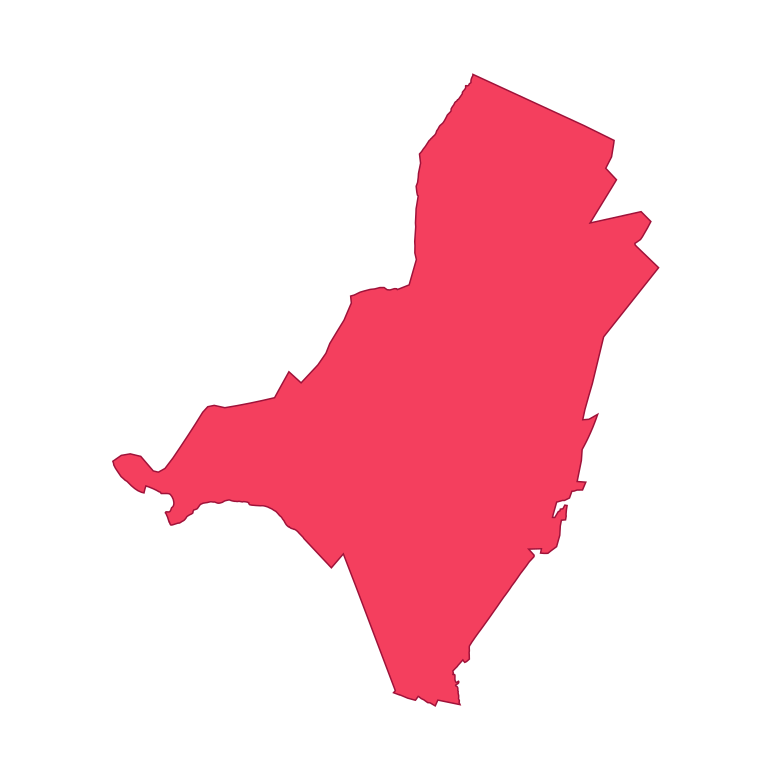 Ciuchici, Caras-Severin, Romania, rotated 95°
{"feature_id": "2599482B8913809213813", "entity_name": "Ciuchici", "entity_type": "district", "adm_level": 2, "iso_a3": "ROU", "parent_name": "Romania", "parent_adm1": "Caras-Severin", "projection": "equal_earth", "projection_center": [21.626, 44.928], "detail": "fine", "context": "isolated", "style": "filled", "palette": "rose", "viewbox_px": 768, "rotation_deg": 95, "n_neighbors": 0, "source": "geoboundaries", "source_scale": "gbopen_adm2", "svg_char_len": 6125}
<svg xmlns="http://www.w3.org/2000/svg" viewBox="0 0 768 768"><g transform="rotate(95 384 384)"><path d="M484.6,647.4L486.9,646.4L488.1,646.2L491.3,644.2L495.2,641.1L499.1,637.9L501.1,635.2L502.3,633.7L503.4,631.5L504.6,630.1L507.3,626.9L509.9,623.2L511.7,619.9L513.0,616.2L513.4,613.6L509.3,613.0L506.3,612.3L507.1,609.1L507.9,606.5L508.4,604.9L509.8,601.2L510.9,598.9L511.3,597.3L512.1,596.8L512.5,596.4L512.3,593.7L512.0,590.8L512.0,589.5L512.1,588.3L512.7,587.2L514.7,585.4L517.3,583.9L520.0,583.1L521.6,582.9L523.4,583.1L524.8,583.8L525.8,584.8L526.8,585.1L528.1,585.4L529.6,586.1L530.1,586.8L530.2,587.3L530.3,588.8L530.3,589.6L530.5,590.2L531.1,590.5L531.4,590.6L531.9,590.0L534.1,588.8L535.3,588.1L537.7,587.1L538.7,586.7L540.1,586.1L540.0,585.9L541.3,585.3L542.6,584.6L543.0,584.2L543.0,583.2L542.6,582.0L541.6,579.6L540.8,577.7L540.5,576.9L540.4,575.9L540.2,575.4L539.4,574.3L538.6,573.3L537.6,571.8L537.0,571.1L536.1,570.4L534.9,569.6L534.0,569.2L533.3,568.8L532.8,568.3L532.2,567.5L531.6,566.7L531.1,566.0L530.6,565.0L529.8,563.9L529.3,563.3L528.9,563.2L528.6,563.1L528.3,563.2L527.9,563.2L527.2,563.0L526.4,562.7L526.0,562.4L525.9,562.1L525.3,560.6L524.7,559.5L524.3,559.0L523.7,558.7L521.7,557.5L520.4,556.7L519.8,556.3L519.5,555.5L519.0,554.7L518.5,553.8L518.3,553.0L517.8,551.1L517.5,549.7L517.2,548.9L516.7,547.4L516.4,546.5L516.4,545.4L516.5,543.8L516.4,543.2L516.3,542.7L516.5,541.8L517.0,540.1L517.2,539.0L517.1,537.9L516.8,536.8L516.4,535.8L515.9,534.6L515.2,533.7L514.3,532.4L514.0,531.5L513.7,530.7L513.1,528.7L513.0,528.2L513.0,527.7L513.4,526.4L513.7,524.8L513.9,522.6L513.8,521.4L513.9,520.0L513.6,518.8L513.5,517.9L513.7,516.0L513.8,514.8L513.4,513.7L513.4,513.1L513.4,511.6L513.6,509.8L514.2,508.3L514.7,508.3L515.2,508.0L515.7,507.6L516.0,507.1L516.2,505.3L516.2,503.9L516.2,500.8L516.1,497.9L516.1,496.8L515.9,495.2L515.8,493.8L516.0,492.1L516.4,490.1L516.7,488.9L517.3,487.4L517.8,486.0L518.3,484.7L519.5,482.5L520.3,480.7L521.3,479.5L522.1,478.6L523.6,477.1L524.2,476.5L525.2,475.0L525.9,474.3L526.4,473.9L527.4,473.2L528.2,472.4L528.7,471.9L530.4,470.8L532.1,469.6L533.1,468.7L533.9,467.7L534.4,467.0L534.4,466.5L534.6,466.6L534.9,466.0L535.2,465.1L535.8,464.1L536.1,462.9L536.3,462.0L536.6,461.1L536.5,460.7L536.7,460.3L536.9,459.6L537.8,458.1L538.9,456.7L539.8,455.8L541.8,453.5L543.8,451.2L545.0,450.3L570.0,422.3L571.7,420.4L562.5,413.8L556.8,409.7L587.6,394.6L688.5,346.0L690.7,347.6L692.4,341.5L692.2,341.4L694.9,333.0L696.3,325.2L695.7,324.7L692.2,322.7L692.3,322.3L694.2,319.4L695.1,316.9L697.6,312.7L697.6,310.4L700.2,304.9L694.2,302.8L696.8,280.3L694.7,281.4L693.5,281.3L692.6,281.4L691.1,282.3L689.6,282.3L687.7,282.5L685.9,283.1L685.0,283.3L683.8,283.3L683.4,283.4L682.9,283.8L681.6,283.8L680.5,284.0L679.9,284.2L679.0,284.9L678.7,285.8L678.3,286.2L678.0,286.4L677.7,286.3L677.4,286.1L676.9,285.4L675.9,284.1L675.3,283.7L674.5,283.5L674.0,283.6L673.7,283.8L673.6,284.0L674.2,284.7L674.9,285.5L675.0,286.0L674.8,286.3L674.5,286.6L674.1,286.8L673.2,287.3L672.6,287.5L671.3,287.7L669.5,287.8L668.4,287.9L667.6,288.1L667.3,288.5L667.2,288.8L667.5,289.5L667.4,289.9L667.2,290.1L666.5,289.8L665.8,289.8L664.6,290.2L663.9,290.4L661.5,288.5L659.0,286.4L657.8,285.7L654.3,283.1L652.0,281.4L652.9,280.7L653.5,280.1L654.3,279.3L653.4,277.7L652.1,276.4L650.6,275.0L648.9,275.2L646.9,275.4L645.4,275.6L644.0,275.8L642.6,275.7L641.5,275.8L639.2,276.1L637.6,276.1L633.3,273.9L630.7,272.4L628.7,271.3L623.8,268.4L619.1,265.5L614.4,262.7L609.7,259.9L604.9,257.1L600.2,254.4L595.6,251.7L590.8,249.0L586.1,246.3L581.6,243.5L577.2,240.9L573.7,239.0L569.7,236.5L566.4,234.6L560.9,231.5L558.1,229.7L554.5,227.4L553.5,226.8L552.4,226.1L549.9,224.7L548.3,223.7L546.2,222.0L543.2,219.7L542.9,219.6L542.6,219.5L542.2,219.5L541.4,219.6L535.9,225.5L534.4,212.8L538.8,213.3L538.8,213.2L538.8,209.6L538.4,206.0L535.9,203.4L531.0,197.9L519.4,195.7L510.1,196.0L504.2,195.4L503.5,191.3L499.8,191.0L497.9,191.3L493.2,191.3L489.1,191.0L488.9,193.3L492.7,194.9L493.3,197.4L495.0,197.7L496.0,199.3L502.1,202.2L502.2,204.5L499.2,204.1L486.6,201.7L486.1,200.3L484.4,195.9L484.3,194.1L481.4,189.3L474.5,187.5L474.1,185.3L472.8,182.4L472.3,177.0L464.2,174.4L464.3,183.1L443.0,180.7L432.0,180.9L427.6,179.0L423.2,177.2L418.7,175.5L414.1,173.9L409.6,172.4L404.9,171.0L400.3,169.7L395.6,168.5L401.3,176.8L402.3,182.9L391.9,181.6L378.6,179.1L365.5,176.5L317.9,169.3L244.2,120.6L224.9,144.5L223.5,146.0L222.0,146.3L220.8,144.7L217.6,141.0L214.8,139.4L205.6,135.1L198.9,132.3L189.9,142.9L205.6,192.7L167.0,173.5L160.3,170.2L149.8,181.9L137.9,177.1L124.5,176.1L121.3,176.0L109.2,207.1L67.8,322.4L69.3,322.4L70.5,323.0L71.7,323.4L72.9,323.7L74.0,323.8L74.9,323.8L75.6,323.7L76.2,323.7L76.6,324.1L77.1,324.7L77.6,325.2L78.9,325.6L79.5,326.3L79.7,326.8L79.7,327.8L79.6,328.2L79.7,328.6L80.0,328.7L81.4,328.5L82.2,328.6L83.7,329.4L84.9,330.3L86.5,331.3L87.9,331.3L88.5,331.5L93.9,334.6L94.4,335.5L95.9,336.3L96.7,337.4L97.6,338.0L98.4,338.3L99.2,338.6L100.0,338.9L101.5,339.9L103.8,341.0L104.4,341.1L105.7,341.0L106.3,341.1L107.4,341.8L110.3,344.2L110.9,344.5L112.8,345.2L116.5,346.8L118.4,347.8L119.4,348.6L121.5,350.6L122.2,351.1L123.0,351.5L125.6,352.6L126.7,353.3L127.3,353.6L129.9,354.2L130.6,354.6L131.5,355.1L134.2,357.5L134.8,357.8L135.1,358.2L135.5,358.6L137.0,359.6L137.6,360.3L138.0,360.5L143.7,363.5L146.6,365.4L149.2,366.8L151.8,368.7L160.8,366.8L171.2,368.0L175.1,367.9L180.3,368.1L184.2,369.2L189.7,368.1L192.9,367.2L193.7,366.3L203.0,367.0L206.6,367.3L212.3,367.0L220.8,366.7L224.6,366.1L239.5,365.8L243.5,365.2L250.7,364.7L257.2,362.6L283.1,367.6L288.8,379.0L288.0,379.7L288.1,381.9L289.8,386.2L289.8,389.1L287.9,392.3L288.3,396.5L290.1,401.6L291.0,406.1L293.3,412.5L294.6,415.8L298.0,421.5L299.3,424.9L306.2,423.6L315.0,426.5L323.9,429.4L336.1,435.5L348.3,441.5L358.4,444.5L370.7,451.5L390.1,466.7L380.1,479.8L399.6,488.5L407.2,491.8L411.1,503.9L414.8,516.0L418.3,528.3L421.5,540.5L420.1,551.3L422.0,557.6L427.9,562.1L440.1,568.3L452.2,574.7L464.2,581.2L476.1,587.8L487.2,594.8L491.5,601.1L490.7,606.3L477.3,620.0L475.7,630.7L478.0,639.5L484.6,647.4Z" fill="#f43f5e" stroke="#9f1239" stroke-width="1.5"/></g></svg>